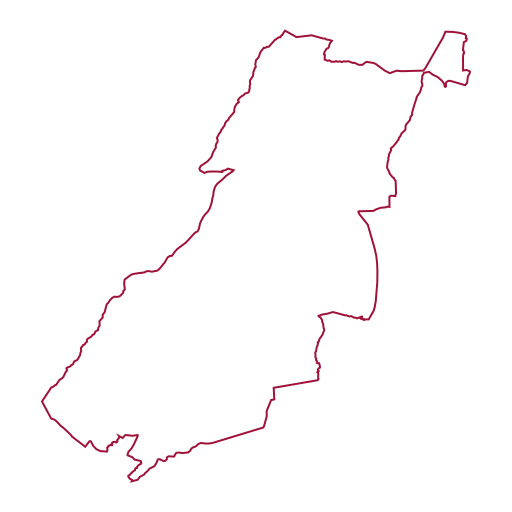 the district of Ciomagesti, Arges, Romania
{"feature_id": "2599482B53868584928572", "entity_name": "Ciomagesti", "entity_type": "district", "adm_level": 2, "iso_a3": "ROU", "parent_name": "Romania", "parent_adm1": "Arges", "projection": "equal_earth", "projection_center": [24.476, 44.857], "detail": "fine", "context": "isolated", "style": "outline", "palette": "rose", "viewbox_px": 512, "rotation_deg": 0, "n_neighbors": 0, "source": "geoboundaries", "source_scale": "gbopen_adm2", "svg_char_len": 5943}
<svg xmlns="http://www.w3.org/2000/svg" viewBox="0 0 512 512"><path d="M206.3,443.6L210.1,443.4L213.4,442.7L263.3,427.5L264.1,425.9L266.8,416.1L266.6,411.5L267.4,409.2L271.2,399.9L273.5,399.7L274.3,399.3L273.7,387.8L317.7,380.2L318.5,378.9L318.1,378.0L318.3,373.5L317.3,372.3L318.7,371.3L318.7,370.9L317.9,370.3L317.9,369.5L318.7,368.3L319.8,367.7L320.0,366.6L319.1,363.2L317.5,363.2L316.8,362.8L316.9,361.1L316.0,359.8L316.3,358.6L315.3,357.0L315.5,355.3L315.3,352.4L316.1,351.2L316.7,347.1L317.6,345.4L317.6,344.6L318.0,343.3L317.7,342.3L318.9,341.4L319.4,339.1L322.5,334.7L324.3,329.8L323.6,328.1L323.2,324.1L322.1,321.5L322.1,320.1L320.8,317.9L318.9,316.5L318.6,315.9L321.9,314.6L326.9,313.8L332.4,312.2L333.6,312.2L345.3,315.4L345.9,315.2L349.5,316.5L351.2,316.1L353.8,317.6L354.8,317.5L357.2,318.3L361.9,316.5L362.2,316.9L361.5,317.4L361.5,317.8L360.5,317.9L360.4,318.3L361.2,318.9L362.6,319.0L362.8,319.4L364.0,319.2L364.1,319.5L363.8,319.7L364.1,320.0L366.3,319.3L368.7,319.4L373.7,310.7L374.8,306.7L375.8,300.8L377.3,282.1L377.4,270.4L377.1,263.2L376.3,256.0L374.6,248.4L367.8,224.7L359.9,214.9L359.1,213.7L358.4,211.6L358.8,211.3L373.4,210.9L376.2,209.3L380.6,207.8L385.8,207.3L387.6,206.6L389.5,206.9L389.4,197.6L389.7,196.3L391.4,195.7L395.3,196.1L396.1,192.9L395.6,180.8L394.7,179.9L393.9,178.0L392.7,177.4L389.4,173.3L389.5,172.6L389.2,171.7L387.9,169.6L387.0,167.3L387.7,161.7L388.5,159.7L388.2,158.0L388.9,156.3L388.9,154.5L391.2,150.1L390.8,149.1L390.9,148.3L393.1,146.5L396.5,142.4L397.8,140.3L398.6,139.7L398.8,138.1L400.2,136.4L401.7,133.2L405.1,130.1L405.5,129.0L405.5,126.2L406.1,124.6L409.8,120.2L410.6,116.7L412.1,115.0L412.2,112.2L414.6,103.9L416.5,98.3L416.7,96.9L419.9,92.3L420.9,89.5L421.2,87.6L422.4,85.8L422.3,84.3L421.6,81.6L421.7,80.2L422.2,78.2L422.3,75.6L423.3,74.5L423.8,72.9L428.9,71.8L433.0,74.8L437.6,77.0L442.2,81.0L444.2,84.0L444.7,86.5L445.3,86.9L446.0,86.4L445.9,83.5L446.2,82.4L447.2,81.5L448.5,80.9L450.0,80.8L451.9,81.3L465.2,85.2L467.1,82.8L467.7,77.7L468.4,75.3L469.4,74.0L470.0,71.8L469.3,71.1L466.6,70.0L463.1,70.5L463.0,57.3L463.4,53.7L464.1,53.2L463.7,51.0L463.0,50.3L463.3,46.7L463.9,42.1L466.4,40.8L466.8,38.6L465.8,38.2L466.2,36.3L465.0,34.2L458.8,32.7L452.6,31.9L445.4,31.7L443.0,37.5L425.9,67.2L423.5,70.6L401.6,71.2L396.5,70.7L389.8,73.2L384.6,70.5L375.5,63.8L373.1,62.9L366.8,61.9L365.6,62.3L362.4,64.8L358.5,64.8L355.0,62.9L352.6,62.9L348.4,61.2L345.6,61.6L343.8,61.3L341.8,62.1L340.1,61.3L337.5,61.8L336.1,61.1L334.5,61.8L331.3,61.7L329.4,60.3L327.8,60.8L324.6,59.6L324.9,55.8L324.7,54.5L324.0,54.4L324.3,52.5L326.3,49.0L328.3,47.9L329.0,46.8L329.4,44.7L330.2,42.8L331.9,40.8L329.6,40.0L326.4,39.5L324.9,38.5L323.0,38.5L311.7,35.3L296.5,37.1L285.1,30.7L283.8,32.3L282.3,35.0L281.6,35.2L280.3,37.2L279.8,37.0L277.3,38.2L276.0,39.4L274.9,39.9L269.0,46.6L268.0,46.9L266.9,46.8L265.2,47.9L263.9,47.7L260.4,52.1L258.8,56.9L257.7,58.5L256.0,60.1L255.3,64.4L255.8,67.0L254.6,68.3L254.5,69.4L253.3,72.2L253.3,74.0L252.9,76.1L250.1,80.3L249.9,82.1L250.3,84.0L249.7,85.5L249.7,88.5L249.3,89.3L249.4,90.1L248.8,91.9L248.2,92.6L245.0,93.6L243.5,95.2L241.6,96.2L239.8,97.7L238.2,99.6L238.0,100.4L238.9,102.1L236.7,103.8L234.9,106.8L234.3,109.3L234.2,112.0L228.9,118.2L228.4,119.7L226.3,121.4L225.0,123.5L224.5,125.8L223.0,127.3L222.5,128.6L221.3,129.8L220.9,131.4L219.0,133.9L216.9,137.9L217.6,139.7L217.6,141.2L217.3,142.3L216.1,144.1L215.7,146.1L215.9,147.6L213.8,150.9L212.5,153.7L211.5,156.9L207.5,161.4L200.6,166.1L199.4,168.6L200.0,170.4L204.4,172.9L206.9,171.9L210.3,171.5L217.1,171.5L222.0,172.0L222.3,171.9L221.9,171.1L222.3,170.8L225.7,170.1L227.8,168.6L233.6,170.2L232.8,171.2L226.0,175.9L222.4,179.5L217.5,183.5L216.0,185.4L214.8,187.6L213.6,191.5L213.3,195.4L212.5,197.7L211.7,202.5L209.9,208.0L208.2,211.2L204.7,214.9L203.3,216.9L201.0,221.1L200.0,223.6L198.9,228.9L197.5,231.5L195.6,232.3L194.2,233.5L186.1,242.4L177.3,249.0L174.6,252.0L172.0,255.8L170.0,255.9L167.6,257.4L164.8,262.3L159.5,268.8L157.4,270.6L151.9,271.7L148.0,271.0L145.7,271.6L144.3,272.5L142.7,272.5L141.9,273.0L140.9,272.8L133.0,274.0L131.0,274.8L124.7,279.5L124.1,283.1L124.8,289.4L123.2,291.3L123.3,292.4L123.1,293.0L119.6,296.3L117.5,296.9L114.3,296.7L112.4,297.7L110.0,300.1L108.2,302.9L106.7,304.3L104.6,312.3L102.7,314.7L102.7,317.6L99.4,321.2L99.7,325.4L98.3,327.9L98.0,330.1L95.5,331.4L94.1,334.3L92.7,334.7L91.2,336.7L87.4,339.0L87.0,339.7L86.9,341.8L85.6,342.8L84.6,344.5L82.9,345.2L82.4,346.3L80.9,347.9L81.2,351.3L80.5,352.7L80.0,355.3L77.8,359.1L77.0,360.1L74.1,361.5L73.0,364.3L71.7,364.9L70.0,366.5L66.6,367.9L66.5,368.7L67.1,370.3L65.6,372.2L63.3,377.0L62.3,378.1L59.4,380.0L56.1,384.9L55.0,385.2L52.7,387.1L51.3,387.4L42.0,401.5L51.2,418.6L53.9,419.4L56.2,421.0L61.0,426.1L63.0,427.5L68.4,432.5L71.2,435.3L72.0,436.6L85.2,446.7L89.4,441.3L90.2,441.1L90.9,441.4L93.1,445.7L96.3,449.1L100.3,451.1L106.9,451.6L107.5,450.1L107.1,447.8L108.3,446.6L108.5,445.7L109.8,445.5L110.6,444.9L112.0,445.2L112.4,444.4L111.8,443.2L113.0,442.1L114.9,441.8L116.1,442.5L116.8,442.2L117.5,441.1L117.1,440.4L117.2,440.1L119.6,437.2L118.8,435.9L122.7,438.0L124.9,435.4L125.7,435.0L132.6,435.8L137.6,435.0L137.7,436.1L134.1,443.9L131.6,448.3L128.4,451.9L127.5,454.7L127.6,455.3L128.0,455.5L132.2,457.1L134.4,459.5L140.6,461.0L141.0,461.4L140.8,462.1L141.3,463.3L141.1,463.7L138.5,465.2L137.1,466.8L136.9,468.0L135.9,468.1L135.3,468.5L135.0,470.2L133.4,471.2L132.0,472.3L131.6,473.1L130.7,473.5L130.1,474.6L128.3,475.8L128.4,476.8L129.8,478.7L132.1,480.0L132.2,480.5L131.8,481.3L137.6,479.8L139.9,476.8L144.3,474.5L144.9,473.3L147.7,470.9L149.3,468.8L154.5,466.1L156.5,462.8L157.5,460.0L158.0,459.4L159.7,459.2L163.7,461.1L165.4,460.8L166.9,459.1L166.8,457.8L167.2,457.1L168.8,456.3L173.9,456.6L174.4,456.3L174.8,454.9L176.3,452.9L178.6,452.5L182.4,453.1L188.2,452.4L190.1,450.8L191.4,448.6L193.0,447.4L196.0,446.3L198.0,444.3L199.5,443.4L201.1,443.0L206.3,443.6Z" fill="none" stroke="#9f1239" stroke-width="2"/></svg>